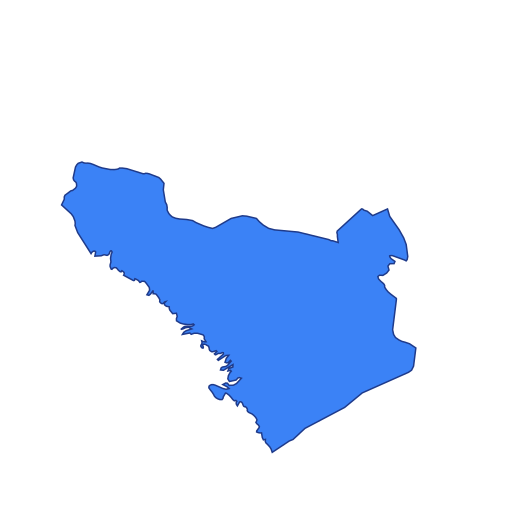 an SVG outline of Gävleborg, rotated 136°
{"feature_id": "SWE-178", "entity_name": "Gävleborg", "entity_type": "County", "adm_level": 1, "iso_a3": "SWE", "parent_name": "Sweden", "parent_adm1": "", "projection": "albers", "projection_center": [16.784, 61.282], "detail": "fine", "context": "isolated", "style": "filled", "palette": "blue", "viewbox_px": 512, "rotation_deg": 136, "n_neighbors": 0, "source": "natural_earth", "source_scale": "10m", "svg_char_len": 4946}
<svg xmlns="http://www.w3.org/2000/svg" viewBox="0 0 512 512"><g transform="rotate(136 256 256)"><path d="M380.7,103.5L379.3,106.5L378.7,109.0L378.6,112.5L378.7,114.6L378.2,116.1L376.6,117.5L378.4,118.6L377.6,121.0L374.9,124.9L375.9,125.8L377.1,127.4L377.8,129.0L377.0,129.7L373.0,130.4L372.1,130.9L371.7,132.8L371.9,134.7L371.7,136.3L369.9,137.0L369.1,137.5L368.6,138.9L368.3,140.8L368.3,143.0L368.6,145.2L369.8,148.3L370.0,149.7L369.8,150.8L368.6,151.8L368.4,152.6L368.3,152.3L368.2,153.7L368.3,155.1L368.6,155.2L369.0,155.6L369.2,156.6L368.7,158.1L368.3,158.9L368.0,159.8L367.9,160.7L368.2,161.7L369.2,162.4L373.5,161.1L373.2,162.8L372.5,163.9L371.7,164.6L370.7,164.8L370.8,166.1L372.2,166.9L372.4,168.9L372.1,171.5L372.0,174.4L372.5,177.6L373.2,178.6L377.3,177.4L378.7,176.5L380.2,176.3L381.8,177.9L382.8,180.0L383.3,182.0L383.3,183.9L382.7,185.9L382.2,188.2L381.9,191.3L381.5,193.9L380.2,195.0L378.6,194.9L377.3,194.3L376.1,193.2L375.0,191.3L371.9,183.8L370.1,180.9L367.5,179.4L367.6,181.7L368.1,183.4L369.2,186.6L366.0,185.7L364.9,184.3L365.2,181.7L362.1,178.8L358.6,177.8L351.4,178.2L352.4,180.1L353.7,180.8L356.5,180.6L362.3,184.2L361.6,187.2L359.0,189.1L355.9,190.1L353.8,190.3L353.8,191.5L354.4,191.7L356.1,192.8L353.7,193.9L349.8,192.2L348.0,193.9L358.8,196.4L360.7,198.7L358.8,199.7L357.4,199.5L354.3,197.5L352.5,197.1L346.9,197.6L346.9,198.8L349.9,198.6L351.2,199.3L352.1,201.1L348.5,203.0L344.6,203.5L346.8,205.4L355.6,207.1L355.6,208.4L347.5,208.1L346.7,209.1L347.4,210.0L349.3,210.6L350.9,212.2L353.0,212.7L353.9,213.2L353.9,214.5L350.4,214.5L350.4,215.6L353.7,217.2L354.5,218.1L354.9,220.2L354.4,221.4L353.6,222.4L352.8,224.1L353.3,225.6L353.6,227.1L354.3,228.3L355.1,229.0L356.2,229.0L356.7,228.1L357.2,227.0L358.0,226.5L358.6,227.1L358.7,228.3L358.3,229.6L357.5,230.1L356.5,230.3L355.6,230.7L354.7,231.5L354.0,232.7L353.4,231.3L352.4,229.7L351.5,229.0L350.8,232.4L349.2,233.9L348.8,235.7L349.2,236.7L351.7,241.0L354.2,243.4L357.0,244.7L357.1,246.6L363.4,250.7L360.9,251.3L358.2,250.8L352.9,248.2L354.1,251.7L356.4,253.3L359.0,254.2L361.1,255.4L357.5,255.2L355.9,254.7L351.5,250.4L350.1,249.7L348.3,249.5L348.3,250.7L350.3,251.8L352.9,254.3L355.4,257.4L357.1,260.3L358.2,264.6L356.8,266.2L354.6,267.3L353.0,270.1L356.0,272.4L355.6,276.8L355.0,278.3L353.7,279.7L355.4,282.1L355.7,284.4L354.8,285.8L352.6,285.9L353.5,286.4L355.8,286.4L356.7,286.9L357.1,288.0L357.2,289.2L357.0,290.1L356.4,290.6L355.6,291.3L355.0,293.2L354.6,295.6L354.4,297.9L354.7,298.6L355.4,299.5L356.2,300.3L354.4,302.2L353.8,302.6L358.3,301.9L360.4,302.1L361.4,303.9L356.3,305.3L354.6,307.5L353.9,312.4L353.8,314.5L353.8,315.2L355.7,317.2L357.2,317.3L357.9,317.7L357.6,319.9L357.9,321.1L358.6,323.3L358.9,323.8L360.3,322.9L361.0,323.2L361.4,324.0L364.6,334.1L363.9,334.3L363.1,334.8L362.5,335.5L362.3,336.5L362.7,338.6L363.3,338.6L364.0,338.3L364.6,339.0L364.9,341.3L364.7,343.1L364.7,344.6L365.9,346.1L367.5,346.6L368.9,346.5L369.3,347.1L368.3,349.7L367.2,350.9L364.5,352.5L362.2,355.4L358.9,357.9L356.9,358.7L356.5,359.5L356.5,360.3L357.1,360.7L358.1,360.5L360.1,359.6L361.0,359.4L362.7,359.9L364.4,362.5L367.2,363.7L372.0,367.8L368.5,370.3L368.5,371.5L369.8,372.5L371.6,372.7L373.0,372.3L368.0,396.7L365.0,403.7L363.5,404.9L362.0,406.8L360.1,411.2L359.6,414.6L360.4,427.8L354.5,430.0L352.9,431.7L351.2,432.4L344.0,431.5L343.3,431.2L342.8,430.8L342.5,430.6L339.0,430.2L337.7,430.4L336.4,430.9L335.0,432.6L334.4,433.6L334.3,434.6L334.5,435.8L334.3,437.5L333.3,439.2L324.0,445.4L321.6,446.1L319.5,446.2L315.9,444.5L315.1,442.5L314.2,441.3L312.4,439.6L310.9,437.7L309.5,434.9L307.1,429.2L305.5,426.2L300.8,419.5L297.8,416.5L295.8,415.0L294.5,414.3L293.0,414.0L291.0,412.0L288.3,408.6L280.2,393.8L279.7,393.2L279.1,392.7L278.0,392.2L277.0,391.2L275.7,389.2L271.4,380.0L271.2,377.6L271.7,372.2L276.7,368.0L283.7,357.9L284.6,354.9L286.1,352.7L287.8,351.0L288.3,350.2L289.2,347.1L289.3,344.8L289.1,342.3L287.6,339.0L285.2,335.6L280.5,330.4L277.0,325.5L275.9,321.6L272.7,314.0L270.5,309.8L268.1,306.0L265.0,304.6L247.8,300.3L237.9,294.4L235.0,291.1L229.7,282.9L229.6,282.2L229.7,280.9L229.8,278.4L229.3,273.1L227.7,267.1L224.5,261.9L209.1,244.0L192.2,217.2L191.4,214.9L190.2,213.6L187.5,208.6L184.0,213.4L182.6,214.8L181.5,216.7L180.2,217.5L147.4,216.6L146.7,215.7L146.5,213.9L144.9,211.0L144.0,204.0L128.7,198.5L132.3,191.6L134.8,175.5L137.2,166.4L140.0,159.9L147.2,150.2L149.8,148.4L151.4,148.2L151.9,149.9L157.5,161.3L158.5,162.5L159.7,163.3L160.3,162.6L160.7,160.4L159.8,155.6L162.0,154.6L165.1,157.5L168.1,157.1L170.1,153.5L173.9,153.0L178.2,153.9L180.5,156.4L182.6,156.6L183.8,154.3L183.8,150.9L183.5,148.4L183.5,146.8L183.9,145.5L185.1,144.2L185.7,141.2L185.9,138.3L185.6,135.1L184.5,128.0L185.2,127.2L209.0,108.0L211.5,104.0L212.3,100.5L211.5,96.4L210.4,93.3L208.7,90.5L206.5,86.2L204.9,78.8L219.2,67.3L223.4,65.8L227.1,66.4L274.6,83.7L297.4,85.5L340.5,98.0L356.8,98.3L360.5,99.8L380.7,103.5Z" fill="#3b82f6" stroke="#1e3a8a" stroke-width="1.5"/></g></svg>